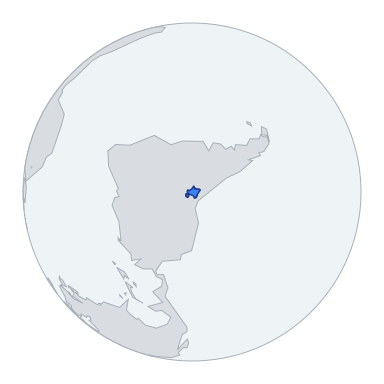 the Earth from above Potosí, rotated 228°
{"feature_id": "BOL-1939", "entity_name": "Potosí", "entity_type": "Department", "adm_level": 1, "iso_a3": "BOL", "parent_name": "Bolivia", "parent_adm1": "", "projection": "orthographic", "projection_center": [-66.321, -20.376], "detail": "fine", "context": "on_globe", "style": "filled", "palette": "blue", "viewbox_px": 384, "rotation_deg": 228, "n_neighbors": 0, "source": "natural_earth", "source_scale": "10m", "svg_char_len": 6207}
<svg xmlns="http://www.w3.org/2000/svg" viewBox="0 0 384 384"><g transform="rotate(228 192 192)"><circle cx="192" cy="192" r="169" fill="#eef3f6" stroke="#a8b0b8"/><path d="M168.6,24.7L170.5,24.4L175.6,23.8L176.2,23.8L174.9,24.0L169.6,24.6L153.5,28.3L150.6,29.6L151.8,30.3L165.5,29.7L164.5,31.2L167.1,32.7L170.2,31.3L169.2,29.7L175.5,27.9L173.5,26.7L175.8,26.0L176.0,25.0L181.8,24.6L187.3,25.0L187.5,26.0L189.9,26.4L194.5,25.3L199.4,27.7L210.5,30.5L211.1,31.5L203.8,32.8L191.9,32.6L182.4,36.4L194.4,33.6L195.8,36.9L198.5,37.6L201.8,37.5L203.6,36.2L205.3,37.6L194.0,40.2L192.3,39.1L195.9,38.1L190.3,38.2L182.7,41.0L184.0,42.9L171.1,46.4L171.9,48.0L169.5,50.0L169.2,47.1L169.5,52.7L154.7,60.9L154.9,72.9L148.2,64.3L142.0,64.2L134.3,65.7L134.1,67.6L124.2,68.2L114.6,74.4L110.3,85.2L113.1,92.5L124.2,90.3L127.9,85.1L136.4,82.7L129.5,96.4L144.1,96.0L142.2,106.4L146.3,111.3L153.8,109.1L161.5,111.0L167.2,104.5L176.4,100.7L176.4,109.2L181.6,101.2L186.6,105.2L204.9,104.9L203.4,106.8L218.8,117.8L235.6,123.7L239.5,130.8L237.5,134.7L243.4,136.6L243.5,139.4L266.9,147.3L278.8,156.9L278.4,167.1L268.4,177.0L259.2,201.9L241.1,208.1L236.4,218.8L222.2,234.1L211.3,232.0L214.4,240.7L208.3,245.5L201.1,245.6L199.9,251.7L194.7,251.7L198.2,255.9L190.0,263.9L192.7,270.7L186.7,277.4L188.7,281.5L186.3,281.4L184.0,283.0L183.9,285.3L176.5,281.7L174.0,272.6L176.3,267.9L173.2,267.3L178.1,255.6L174.8,258.0L175.0,241.2L179.3,227.5L181.3,190.3L177.5,183.3L164.5,176.0L148.7,152.4L152.7,142.2L149.4,138.0L160.4,123.7L157.6,112.1L153.8,110.8L149.8,115.6L136.9,110.0L132.6,102.2L95.1,97.8L91.7,95.1L92.5,89.0L84.5,75.4L85.9,90.2L81.9,88.5L79.6,84.0L82.0,81.6L82.0,74.6L79.1,73.8L82.6,65.8L96.1,53.4L96.3,53.7L99.5,51.2L99.4,50.8L98.6,51.3L99.9,50.4L110.4,44.0L121.4,38.5L132.8,33.7L144.5,29.9L156.5,26.8L168.6,24.7ZM153.6,77.4L170.3,82.4L160.5,84.0L162.4,82.6L158.3,80.3L150.4,78.7L141.9,81.2L153.6,77.4ZM161.9,69.6L158.9,69.4L161.9,69.1L161.9,69.6ZM97.6,51.9L99.1,51.0L97.9,52.2L96.3,53.0L97.6,51.9ZM172.8,25.4L174.3,25.2L173.5,25.4L172.8,25.4ZM171.4,25.2L169.3,25.6L168.3,25.6L169.6,25.4L171.4,25.2ZM174.2,24.7L166.8,25.6L165.1,25.7L168.8,24.8L174.2,24.7ZM189.0,289.5L177.2,283.1L183.7,285.9L187.9,282.2L194.2,287.3L189.0,289.5ZM201.3,280.4L206.3,278.7L207.7,279.9L204.5,281.4L201.3,280.4ZM307.6,68.8L307.5,68.7L314.0,76.8L311.6,75.9L305.9,71.6L295.5,60.5L302.1,64.0L298.5,60.9L290.2,54.6L292.9,56.5L291.8,55.7L307.6,68.8ZM342.7,268.5L342.4,268.9L339.0,275.0L335.7,279.5L332.1,282.2L331.3,276.4L335.2,270.4L340.8,256.4L350.3,225.7L354.7,215.0L356.3,205.0L355.3,180.0L355.8,169.4L354.5,163.5L352.4,162.3L350.5,155.3L348.8,153.8L335.4,149.2L328.8,139.3L314.8,114.2L315.3,107.0L310.9,97.4L311.2,75.9L316.3,79.8L321.4,83.4L329.0,93.1L335.9,103.4L341.9,114.1L347.2,125.3L351.7,136.8L355.3,148.5L358.0,160.6L359.9,172.8L360.8,185.1L360.9,197.4L360.0,209.7L358.3,221.9L355.7,233.9L352.2,245.8L347.8,257.3L342.7,268.5ZM317.0,88.0L318.4,90.6L317.0,88.0ZM205.4,104.8L207.6,106.5L204.7,106.5L205.4,104.8ZM159.0,87.3L162.6,87.1L164.4,88.2L161.6,88.8L159.0,87.3ZM189.8,85.9L194.0,86.6L189.6,87.2L189.8,85.9ZM173.0,83.1L186.4,85.7L177.7,88.3L169.3,86.9L175.2,85.9L173.0,83.1ZM159.8,73.8L162.0,74.1L161.3,75.5L159.8,73.8ZM164.0,69.4L163.1,69.6L162.1,68.6L164.0,69.4ZM196.4,36.8L197.4,36.6L200.7,36.8L199.1,37.3L196.4,36.8ZM216.3,35.3L218.6,37.5L215.8,36.1L213.9,36.9L205.6,35.3L211.0,31.9L210.0,33.6L216.3,35.3ZM196.1,32.9L200.7,33.9L195.4,33.0L196.1,32.9ZM280.0,47.8L278.9,47.3L275.2,45.0L274.7,44.7L280.0,47.8ZM287.6,52.7L286.3,51.9L285.9,51.5L287.6,52.7ZM284.3,50.5L283.0,49.7L282.8,49.5L284.3,50.5ZM182.0,23.4L179.8,23.6L181.6,23.4L182.0,23.4ZM190.3,23.0L191.3,23.0L189.3,23.1L197.2,23.3L195.0,23.6L190.0,23.3L194.2,24.0L188.8,24.0L192.2,24.6L181.3,23.9L176.6,24.3L182.7,23.7L184.8,23.3L184.3,23.3L181.5,23.4L190.3,23.0ZM225.5,26.4L223.3,26.1L222.9,26.5L224.8,27.7L217.5,26.4L211.0,24.8L206.0,23.7L207.0,23.7L225.5,26.4Z" fill="#d9dde1" stroke="#a8b0b8" stroke-width="1"/><path d="M185.7,191.1L185.8,191.0L185.8,190.9L185.8,190.7L185.7,190.4L185.4,190.2L185.5,189.9L185.7,189.7L186.5,189.9L187.8,190.3L188.1,190.4L188.6,190.3L190.3,189.5L190.9,189.2L191.0,189.2L191.5,188.7L192.3,188.6L192.6,188.6L192.8,188.5L192.7,188.4L192.5,188.1L192.4,187.9L192.3,187.7L192.1,187.3L192.1,187.2L191.9,187.2L191.7,187.1L191.4,187.0L191.2,186.8L191.1,186.7L191.0,186.4L191.0,186.2L191.2,185.9L191.3,185.9L191.4,185.7L191.2,185.7L190.9,185.7L190.8,185.2L191.0,185.1L191.3,184.9L191.6,184.9L191.9,185.0L192.0,184.9L192.4,184.6L192.5,184.6L192.8,184.6L192.9,184.8L193.0,184.8L193.3,184.9L193.4,185.0L193.6,185.1L193.8,185.3L194.0,185.5L194.3,185.8L194.4,186.0L194.5,186.1L194.6,186.3L194.5,186.2L194.3,186.2L194.2,186.2L193.9,186.1L193.8,186.3L193.9,186.5L194.0,187.0L193.9,187.1L194.2,187.1L194.3,187.0L194.5,187.0L194.4,187.2L194.4,187.3L194.3,187.5L194.3,187.8L194.2,187.9L194.2,188.0L194.3,188.2L194.4,188.3L194.4,188.5L194.5,188.5L194.8,188.8L195.0,188.9L195.1,189.0L195.3,189.1L195.5,189.1L195.8,189.0L196.0,189.2L196.0,189.3L196.0,189.5L196.3,189.9L196.3,190.1L196.2,190.3L196.0,190.5L195.5,190.8L195.2,190.8L194.9,190.9L194.9,191.0L194.7,191.4L194.6,191.5L194.8,192.5L194.6,193.0L194.5,193.4L194.5,193.7L194.3,194.1L194.3,194.3L194.3,194.6L194.4,194.8L194.8,195.3L195.0,195.4L195.0,195.5L194.9,195.7L194.9,195.8L194.8,196.0L194.7,196.1L194.8,196.3L195.0,196.6L195.1,197.1L194.4,197.1L194.2,197.1L193.6,197.1L193.4,197.0L193.1,196.6L192.7,196.5L192.7,196.4L192.5,196.2L192.3,196.2L192.2,196.2L192.1,196.7L192.1,196.9L192.1,197.0L191.9,197.1L191.5,197.3L191.2,197.4L190.9,197.4L190.9,197.5L190.8,197.8L190.7,197.9L190.7,198.0L190.4,198.2L190.3,198.3L190.2,198.3L190.1,198.6L189.8,198.9L189.8,199.0L189.6,199.2L188.8,199.4L188.7,199.4L188.1,199.4L187.9,199.3L187.7,199.2L187.7,198.9L187.8,198.5L187.8,198.4L187.7,198.3L187.7,198.1L187.6,197.9L187.5,197.7L187.6,197.4L187.5,197.2L187.4,197.0L187.4,196.9L187.2,196.8L187.2,196.7L187.1,196.2L186.9,195.7L186.9,194.8L186.8,194.7L186.2,193.8L186.2,193.7L185.8,193.6L185.8,193.1L186.0,192.8L186.0,192.7L185.9,192.7L185.5,192.5L185.4,192.4L185.2,192.2L185.3,192.0L185.5,191.9L185.4,191.7L185.4,191.4L185.2,191.3L185.2,191.2L185.5,191.1L185.7,191.1Z" fill="#3b82f6" stroke="#1e3a8a" stroke-width="1.5"/></g></svg>